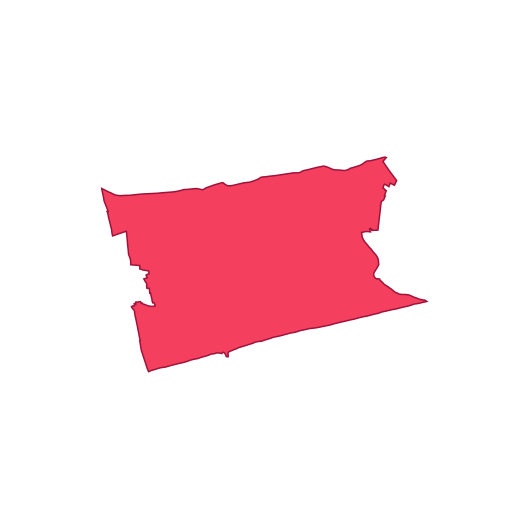 Gaza, Gaza Strip, Palestine, rotated 217°
{"feature_id": "87354302B92317438543703", "entity_name": "Gaza", "entity_type": "district", "adm_level": 2, "iso_a3": "PSE", "parent_name": "Palestine", "parent_adm1": "Gaza Strip", "projection": "albers", "projection_center": [34.448, 31.487], "detail": "fine", "context": "isolated", "style": "filled", "palette": "rose", "viewbox_px": 512, "rotation_deg": 217, "n_neighbors": 0, "source": "geoboundaries", "source_scale": "gbopen_adm2", "svg_char_len": 5954}
<svg xmlns="http://www.w3.org/2000/svg" viewBox="0 0 512 512"><g transform="rotate(217 256 256)"><path d="M272.2,99.0L271.9,99.4L270.6,101.7L268.2,104.9L265.8,108.3L264.4,109.9L263.3,111.0L261.3,113.0L256.8,119.0L248.4,129.2L245.6,133.5L242.9,136.8L241.2,138.5L239.2,141.5L235.0,147.0L232.8,150.6L231.2,152.2L230.4,152.9L229.0,155.1L227.7,155.8L226.5,156.7L225.4,157.2L224.6,157.5L224.6,158.3L224.4,159.3L223.5,159.6L222.0,159.4L220.5,158.6L219.3,157.8L218.0,158.4L217.6,158.8L218.3,159.9L219.4,160.9L220.0,161.8L220.0,163.0L219.4,164.4L218.6,165.5L217.4,167.7L215.8,170.2L214.8,172.2L213.0,174.7L210.1,178.7L207.5,182.4L205.7,184.7L205.4,186.0L204.9,186.7L204.0,187.6L203.0,188.8L200.3,191.3L198.2,194.4L195.3,198.4L193.2,201.6L189.6,205.6L186.2,209.9L181.8,215.6L179.2,218.3L177.7,220.2L175.8,223.0L174.1,224.9L172.4,226.9L169.7,230.1L164.6,235.0L163.4,236.3L160.7,239.4L157.5,243.0L155.1,245.8L152.0,249.9L147.8,255.0L145.0,258.3L142.4,261.5L139.3,265.0L136.8,268.4L133.3,272.6L131.6,274.3L129.6,276.8L127.1,280.1L124.0,283.6L121.6,287.3L119.3,289.9L114.9,295.2L112.2,298.1L109.2,301.9L106.4,305.2L104.4,307.5L102.7,309.9L102.0,310.9L100.6,313.0L98.3,315.2L93.3,321.2L92.2,322.5L94.6,322.4L95.5,321.8L96.2,321.4L97.4,320.9L98.7,320.2L99.2,320.0L99.8,319.7L100.5,319.5L101.6,319.3L102.7,319.0L104.4,318.4L105.4,318.1L106.5,317.8L107.8,317.6L108.3,317.5L109.1,317.3L110.0,317.0L110.4,316.8L111.2,316.5L112.0,316.0L112.6,315.7L113.3,315.3L114.7,314.3L116.2,313.2L117.1,312.7L118.1,312.0L118.6,311.8L118.9,311.7L119.2,311.6L119.9,311.6L120.6,311.5L121.3,311.3L122.0,311.0L122.5,310.9L123.2,310.8L123.7,310.8L125.8,310.9L127.7,311.0L129.1,311.0L130.5,310.9L131.8,310.9L133.1,310.8L134.8,310.7L136.7,310.5L137.8,310.8L139.0,311.0L139.6,311.1L140.8,311.2L141.4,311.3L142.5,311.3L142.7,311.6L143.0,311.8L143.5,312.0L144.8,311.2L146.1,310.3L146.5,310.2L147.0,310.2L147.3,310.2L147.7,310.2L148.1,310.3L148.7,310.5L149.2,310.7L149.8,311.0L150.2,311.4L150.6,311.7L151.0,312.2L151.2,312.6L151.6,313.3L151.7,313.7L152.0,316.7L152.2,319.5L152.8,323.0L155.3,325.8L157.2,327.5L160.8,329.0L164.9,329.8L168.6,330.9L170.6,331.1L171.3,331.3L172.0,331.4L173.5,331.9L178.7,333.0L178.8,333.1L178.9,333.3L179.1,333.3L182.1,334.7L185.9,338.3L183.3,341.3L182.8,341.7L181.8,342.5L181.1,343.0L180.7,343.2L179.1,344.1L180.9,345.5L181.3,345.8L181.7,346.0L181.2,347.0L180.3,346.5L179.7,347.0L178.9,346.1L174.2,350.0L185.6,369.5L186.0,370.2L186.5,371.0L186.7,370.9L187.0,371.4L186.8,371.5L188.7,374.9L187.8,377.6L188.9,381.7L189.7,381.5L191.3,386.6L192.6,386.2L193.0,386.8L195.7,386.7L195.7,386.9L195.8,387.5L195.9,387.9L196.1,388.5L196.5,389.3L196.5,389.5L196.6,389.9L196.6,390.3L196.5,390.8L191.6,391.4L192.7,395.0L188.0,395.8L189.1,400.9L192.6,401.9L201.2,404.4L211.5,407.9L211.2,413.0L211.5,412.9L212.4,412.7L213.0,412.1L214.8,410.0L215.7,408.6L216.9,407.2L217.7,406.0L220.9,402.2L222.5,400.4L223.8,399.3L224.6,398.5L225.0,397.7L225.4,396.8L225.7,395.6L226.5,393.1L227.1,391.8L227.9,390.4L229.1,388.7L230.9,386.2L232.4,384.1L233.2,383.3L233.8,382.2L234.2,380.8L235.2,379.3L235.9,378.4L236.9,377.4L240.2,375.4L242.2,374.1L244.4,372.5L245.7,371.8L247.0,371.3L249.6,370.7L251.5,370.2L252.8,369.8L253.7,369.5L255.5,368.9L256.2,368.4L260.7,363.4L267.3,355.2L269.2,353.1L270.1,351.7L270.7,350.3L271.3,349.0L272.3,347.9L276.5,344.6L279.0,342.0L288.9,331.9L293.3,327.8L296.5,324.6L298.3,323.1L299.5,321.7L300.2,319.6L301.0,317.9L302.7,315.1L305.4,311.2L307.9,308.9L310.3,306.5L316.5,299.0L318.9,296.5L320.4,295.3L322.1,294.8L323.7,294.6L325.2,294.7L326.4,294.7L327.3,294.1L332.1,287.7L334.9,283.4L337.0,280.2L337.6,278.6L337.9,277.7L338.4,276.9L341.8,275.2L343.6,274.4L345.6,272.8L351.0,267.8L353.5,265.8L355.9,262.6L358.2,259.9L361.5,256.6L368.5,250.5L372.6,246.7L379.2,241.2L384.3,236.9L388.0,233.6L393.0,228.8L395.1,227.1L397.2,225.5L400.7,222.5L403.2,221.0L405.0,220.1L407.0,219.6L409.7,219.1L413.6,218.2L419.8,217.1L419.0,216.2L414.0,211.9L410.1,208.3L402.2,203.5L401.5,203.1L400.9,202.6L401.7,201.9L401.4,201.8L401.1,201.6L400.2,201.0L399.3,200.2L398.6,199.6L397.9,198.9L393.8,195.5L391.8,193.9L390.2,192.6L389.4,191.9L388.2,191.0L387.3,190.2L386.4,189.3L384.8,187.6L382.6,185.7L380.6,188.7L379.9,189.8L379.5,190.4L377.0,194.1L374.7,197.4L374.4,197.7L368.9,191.8L366.2,188.7L361.7,183.9L359.6,181.5L359.0,180.9L358.4,180.4L357.9,180.1L355.7,178.7L354.6,177.9L353.9,177.3L353.3,176.8L353.0,176.4L351.9,175.2L350.8,173.6L343.1,178.4L341.1,175.7L340.3,176.0L338.6,176.5L337.8,176.8L334.0,178.8L332.7,179.5L330.8,177.5L331.4,176.6L331.7,176.0L331.9,175.6L332.2,174.9L332.3,174.6L329.8,173.1L331.8,170.2L330.3,169.5L329.1,169.0L328.1,168.6L327.8,168.6L327.5,168.5L327.1,168.3L325.9,167.5L325.8,167.4L325.7,167.2L325.8,166.9L325.7,166.7L324.5,165.3L323.6,164.5L321.8,166.0L320.7,164.8L319.7,163.7L318.4,162.4L318.1,162.8L317.8,162.9L317.4,162.4L316.2,161.4L313.2,158.9L312.2,158.0L312.1,157.9L312.1,157.7L311.1,157.0L310.3,156.4L310.1,156.6L309.6,157.3L309.3,157.3L308.6,156.9L307.1,156.0L306.4,155.4L307.1,154.7L307.6,154.1L308.3,153.6L308.9,153.1L309.4,152.7L309.7,152.5L310.0,152.4L310.5,152.1L311.3,151.7L311.5,151.5L311.8,151.4L313.5,150.9L315.1,150.5L315.5,150.4L317.2,149.7L317.4,149.6L317.5,149.3L317.5,149.2L317.4,149.1L317.8,149.4L318.3,150.0L319.1,149.2L319.5,149.5L319.8,149.7L320.1,149.8L320.4,149.8L320.8,150.0L321.3,149.5L321.6,149.1L323.0,148.0L324.0,147.0L324.3,146.8L324.4,146.7L324.1,146.1L323.9,146.1L323.7,146.1L323.5,145.9L323.0,145.4L323.6,144.7L324.0,144.7L324.1,144.8L324.5,144.5L323.1,143.2L323.8,142.5L324.6,141.6L324.3,141.4L324.9,140.5L324.3,140.2L323.8,140.0L323.5,139.9L322.8,139.7L321.3,139.4L320.9,139.3L320.3,139.0L319.9,138.8L319.7,138.7L319.4,138.4L319.0,137.9L318.7,137.5L315.6,134.6L315.2,134.4L309.6,129.5L304.4,124.8L297.5,118.6L297.8,118.3L295.4,116.0L292.1,112.9L291.2,112.0L290.9,111.7L290.3,111.3L288.6,110.1L286.7,108.8L285.8,108.2L285.2,107.7L280.4,104.4L275.3,100.8L272.2,99.0Z" fill="#f43f5e" stroke="#9f1239" stroke-width="1.5"/></g></svg>